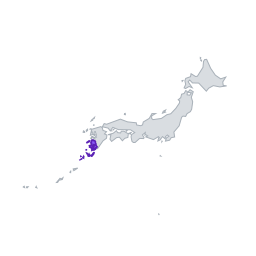 Japan, with Kagoshima highlighted, rotated 20°
{"feature_id": "JPN-3501", "entity_name": "Kagoshima", "entity_type": "Prefecture", "adm_level": 1, "iso_a3": "JPN", "parent_name": "Japan", "parent_adm1": "", "projection": "robinson", "projection_center": [130.414, 30.803], "detail": "fine", "context": "in_parent", "style": "filled", "palette": "violet", "viewbox_px": 256, "rotation_deg": 20, "n_neighbors": 0, "source": "natural_earth", "source_scale": "10m", "svg_char_len": 7539}
<svg xmlns="http://www.w3.org/2000/svg" viewBox="0 0 256 256"><g transform="rotate(20 128 128)"><path d="M173.2,70.8L176.9,71.6L177.0,77.5L179.8,81.2L181.4,88.6L181.0,91.3L178.6,94.3L178.2,97.4L175.6,98.0L174.7,99.6L175.3,108.5L172.5,116.1L174.9,120.5L171.9,122.3L171.3,125.2L167.7,127.5L167.5,124.2L169.3,121.7L167.4,121.1L166.2,123.2L166.4,125.4L163.3,124.3L162.3,128.1L160.5,130.0L160.2,126.9L160.9,126.5L159.6,125.7L155.9,130.2L147.7,130.3L149.2,128.7L147.0,128.2L146.3,129.0L145.8,126.3L143.9,129.5L146.4,131.6L146.3,132.6L142.5,133.8L139.6,139.2L138.0,139.8L136.3,139.2L133.9,135.3L133.6,132.9L135.9,130.0L131.0,128.8L119.5,132.8L113.5,132.6L112.3,136.8L109.4,134.9L103.5,135.6L104.1,132.0L106.6,131.8L117.8,122.3L125.4,122.4L134.0,120.3L135.1,122.2L139.2,121.5L140.6,120.1L140.3,117.1L144.7,111.7L145.6,106.2L149.0,105.0L146.1,108.5L146.9,110.9L148.6,111.6L156.1,107.6L160.0,102.2L163.3,100.0L166.2,93.3L167.8,86.9L167.3,84.9L165.5,84.3L167.2,81.4L166.8,77.9L168.9,76.4L169.5,73.1L171.2,73.4L172.2,76.6L174.8,76.1L175.5,73.3L172.4,73.9L172.4,72.9L173.2,70.8ZM192.0,48.5L198.3,50.1L202.5,46.7L201.3,52.3L202.9,55.4L206.3,54.7L200.2,58.0L193.7,59.0L190.2,63.0L189.0,66.6L179.1,61.6L173.2,63.6L169.6,61.8L168.7,64.0L174.6,68.2L171.2,68.1L168.6,71.2L167.0,71.1L167.3,67.3L165.3,64.2L165.3,61.6L169.2,58.4L168.7,55.4L173.9,56.5L175.5,55.6L177.7,45.3L176.2,39.6L176.6,37.5L178.4,36.6L185.3,43.7L192.0,48.5ZM105.3,138.8L109.1,138.8L107.9,141.6L110.6,141.8L111.3,145.0L108.9,148.6L106.5,157.8L104.6,157.5L104.8,159.1L101.8,161.2L102.5,155.2L100.8,156.4L101.1,159.8L97.9,157.8L99.1,156.1L98.2,151.9L101.5,147.3L100.4,147.0L100.8,145.5L98.5,142.5L97.7,143.1L98.1,145.3L99.2,145.3L99.3,146.6L97.2,146.0L95.1,147.7L94.5,143.5L96.7,145.3L93.8,142.0L102.0,136.0L103.7,136.5L105.3,138.8ZM125.3,132.4L130.3,133.4L131.1,136.9L128.5,138.8L127.1,141.9L123.1,139.6L120.6,140.9L117.2,146.2L114.9,144.7L114.3,140.3L111.5,141.1L115.9,138.0L118.0,134.5L119.9,135.9L122.7,135.2L122.8,133.3L125.3,132.4ZM83.9,198.9L81.0,200.7L80.5,203.2L79.4,203.7L81.3,198.5L82.7,198.7L83.9,196.9L83.9,198.9ZM157.7,100.3L155.3,102.3L155.4,100.2L157.2,98.2L156.9,100.2L157.7,100.3ZM94.5,182.8L92.1,186.1L90.6,185.1L94.5,182.8ZM97.4,150.7L96.5,150.5L96.9,148.1L98.0,148.0L97.4,150.7ZM132.4,132.9L130.5,132.8L132.9,130.7L132.2,131.9L132.4,132.9ZM101.3,167.7L100.0,167.7L99.6,166.6L101.5,166.6L101.3,167.7ZM93.0,130.7L91.5,132.2L92.9,129.4L93.0,130.7ZM103.8,166.5L103.2,166.1L104.5,162.8L104.5,164.4L103.8,166.5ZM87.1,145.9L88.4,146.1L88.8,147.0L87.3,147.4L87.1,145.9ZM92.0,132.9L90.9,134.1L91.2,132.6L92.0,132.9ZM51.3,219.4L49.7,219.3L49.7,219.1L50.4,218.2L51.3,219.4ZM121.0,116.4L120.0,116.6L119.8,115.6L120.4,115.2L121.0,116.4ZM90.1,145.4L89.5,144.4L90.4,142.9L90.9,144.1L90.1,145.4ZM54.3,217.3L53.8,218.7L53.1,218.8L52.7,218.0L54.3,217.3ZM89.4,189.6L88.6,189.6L88.7,188.1L89.0,188.0L89.4,189.6ZM174.2,39.9L173.2,39.6L173.1,39.2L173.9,39.0L174.2,39.9ZM100.2,148.2L98.9,149.0L98.6,148.7L100.2,148.2ZM163.0,65.7L162.5,64.9L163.4,64.5L163.0,65.7ZM112.8,136.5L113.5,136.2L114.5,136.1L112.8,136.5ZM172.4,37.1L172.4,38.6L171.8,37.0L172.4,37.1ZM93.3,141.6L92.2,142.5L93.7,140.9L93.3,141.6ZM62.9,215.4L61.6,215.5L61.7,214.3L62.1,214.8L62.9,215.4ZM95.2,136.8L94.5,137.6L94.8,136.6L95.2,136.8ZM128.0,130.7L127.5,131.7L127.0,130.9L128.0,130.7ZM91.3,185.7L91.1,186.4L90.8,185.6L91.3,185.7ZM164.7,128.7L164.5,129.4L164.3,128.7L164.7,128.7ZM95.3,154.9L94.7,155.1L95.2,154.5L95.3,154.9ZM115.2,133.9L115.2,134.7L114.6,134.6L115.2,133.9ZM168.4,143.2L167.7,143.3L167.7,142.9L168.4,143.2ZM186.7,198.4L186.8,199.2L186.3,198.3L186.7,198.4Z" fill="#d9dde1" stroke="#a8b0b8" stroke-width="1"/><path d="M105.2,157.2L104.9,157.3L104.6,157.4L104.5,157.5L104.4,157.6L104.3,157.8L104.2,158.2L104.3,158.2L104.5,158.3L104.8,158.5L104.7,158.7L104.6,158.9L104.8,158.9L105.0,158.8L104.5,159.3L104.3,159.3L104.1,159.4L104.1,159.6L103.9,159.9L103.9,160.1L103.7,160.2L103.5,160.3L103.4,160.4L103.1,160.5L102.8,160.5L102.6,160.6L102.4,160.7L102.4,160.8L102.1,160.9L101.9,161.1L101.7,161.3L101.6,160.7L101.8,160.5L102.1,160.3L102.2,160.2L102.4,159.7L102.5,159.2L102.6,158.9L102.6,158.5L102.6,158.3L102.5,158.1L102.4,157.8L102.2,157.5L101.9,157.3L101.8,157.1L101.9,156.7L101.4,156.5L101.3,156.4L101.2,156.4L101.1,156.2L101.3,156.0L101.4,155.9L101.6,156.0L101.8,155.9L102.0,156.0L102.0,156.4L102.2,156.5L102.3,156.5L102.3,156.4L102.5,156.3L102.6,156.0L102.7,155.7L102.7,155.4L102.5,155.2L102.2,155.2L101.8,155.0L101.5,155.1L101.3,155.4L101.2,155.5L101.2,155.8L101.0,156.0L100.9,156.1L100.9,156.4L100.7,156.6L100.7,156.9L100.6,157.2L100.6,157.4L100.6,157.6L100.8,158.1L100.9,158.4L101.0,158.6L101.3,158.9L101.6,159.0L101.5,159.4L101.5,159.5L101.3,159.8L101.2,159.8L101.1,160.0L101.0,159.8L100.9,159.9L100.7,159.9L100.6,159.7L100.4,159.3L100.1,159.1L99.0,159.1L98.8,159.1L98.6,159.2L98.4,159.2L98.3,158.9L98.2,158.6L98.3,158.5L98.3,158.4L98.2,158.2L97.8,157.9L97.7,157.8L97.8,157.7L98.0,157.6L98.4,157.9L98.5,158.0L98.6,157.8L98.9,157.5L99.0,157.2L99.2,156.7L99.2,156.4L99.2,156.2L99.3,156.0L99.2,155.9L99.2,155.7L98.7,155.1L98.3,154.8L98.1,154.7L98.1,154.1L98.4,154.2L98.5,154.2L98.3,154.0L98.2,153.9L98.4,153.6L98.4,153.3L98.4,153.1L98.3,152.9L98.2,152.8L98.1,152.7L98.2,152.4L98.3,152.2L98.1,151.8L98.3,151.6L98.6,151.5L98.8,151.8L99.0,151.7L99.3,151.3L99.6,151.6L99.8,151.7L100.1,151.6L100.6,151.4L100.8,151.4L101.0,151.3L101.1,151.2L101.2,151.3L101.7,151.7L102.0,151.9L101.9,152.1L102.0,152.2L102.0,152.3L102.5,153.0L102.8,153.3L103.0,153.4L103.2,153.6L103.2,153.8L103.2,154.2L103.2,154.4L103.3,154.5L103.8,154.7L103.9,154.8L104.1,155.0L104.2,155.3L104.2,155.5L104.3,155.7L104.4,155.8L104.6,155.8L104.8,155.9L104.9,156.0L105.0,156.0L105.4,156.1L105.5,156.3L105.4,156.6L105.4,156.8L105.2,157.2L105.2,157.2ZM101.7,166.7L101.7,167.0L101.5,167.4L101.2,167.8L100.8,167.9L100.6,168.0L100.3,168.0L100.0,167.9L99.9,167.7L99.8,167.4L99.6,167.0L99.6,166.8L99.5,166.5L99.9,166.5L100.0,166.3L100.2,166.1L100.4,166.0L100.4,165.9L100.6,166.1L100.9,166.2L101.2,166.4L101.5,166.5L101.7,166.7ZM104.5,162.7L104.5,162.8L104.6,163.0L104.6,163.3L104.6,163.6L104.7,163.9L104.5,164.2L104.5,164.4L104.5,164.7L104.5,164.8L104.4,164.8L104.4,165.0L104.2,165.2L104.1,165.3L104.0,165.5L103.9,165.8L103.8,166.0L103.9,166.3L103.9,166.5L103.7,166.7L103.4,166.8L103.3,167.0L103.2,167.0L103.1,166.9L103.1,166.7L103.1,166.3L103.0,166.1L103.0,165.9L103.4,165.6L103.6,165.3L103.7,165.0L103.7,164.8L103.7,164.7L103.7,164.4L103.7,164.2L103.8,164.0L103.8,163.9L104.0,163.6L104.2,163.3L104.1,163.1L104.3,162.9L104.4,162.7L104.5,162.7ZM95.2,154.4L95.3,154.5L95.3,154.9L95.2,154.9L95.2,155.0L94.9,155.5L94.7,155.8L94.4,155.9L94.3,155.7L94.5,155.2L94.8,154.9L95.0,154.9L95.1,154.7L95.2,154.4ZM96.3,153.8L96.3,154.0L96.2,154.2L96.0,154.3L95.9,154.3L95.8,154.2L95.7,154.1L95.7,153.9L95.6,154.0L95.5,153.9L95.6,153.7L95.8,153.7L96.1,154.0L96.2,153.9L96.3,153.8L96.3,153.8ZM98.4,165.9L98.6,165.9L98.7,166.1L98.5,166.3L98.3,166.3L98.2,166.1L98.0,165.9L97.9,165.8L97.8,165.7L98.0,165.7L98.2,165.8L98.3,165.8L98.4,165.9ZM96.0,171.0L96.0,171.3L96.2,171.5L95.8,171.5L95.7,171.3L95.6,171.2L95.7,170.9L95.9,171.0L96.0,171.0L96.0,171.0ZM94.7,172.9L94.9,172.9L95.0,173.0L94.9,173.2L94.7,173.3L94.7,173.1L94.7,172.9ZM96.4,162.6L96.5,162.7L96.5,162.8L96.4,162.9L96.1,162.9L96.1,162.7L96.3,162.6L96.4,162.6ZM96.4,170.2L96.4,170.3L96.2,170.3L96.1,170.2L96.1,169.9L96.2,170.0L96.3,170.1L96.4,170.2ZM93.8,174.7L93.7,174.6L93.8,174.5L93.9,174.8L93.8,174.7ZM93.3,170.8L93.3,170.7L93.5,170.8L93.4,170.9L93.3,170.8Z" fill="#8b5cf6" stroke="#5b21b6" stroke-width="1.5"/></g></svg>